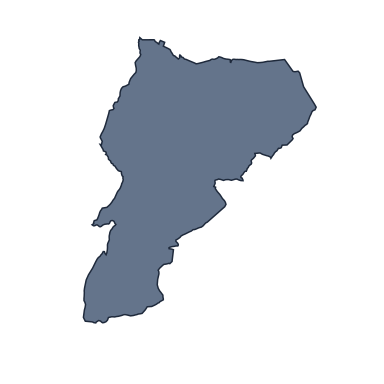 the district of Atempan, Puebla, Mexico, rotated 13°
{"feature_id": "50627088B4363090136249", "entity_name": "Atempan", "entity_type": "district", "adm_level": 2, "iso_a3": "MEX", "parent_name": "Mexico", "parent_adm1": "Puebla", "projection": "albers", "projection_center": [-97.445, 19.802], "detail": "fine", "context": "isolated", "style": "filled", "palette": "slate", "viewbox_px": 384, "rotation_deg": 13, "n_neighbors": 0, "source": "geoboundaries", "source_scale": "gbopen_adm2", "svg_char_len": 5947}
<svg xmlns="http://www.w3.org/2000/svg" viewBox="0 0 384 384"><g transform="rotate(13 192 192)"><path d="M117.1,341.9L124.0,341.0L124.8,341.1L125.8,341.4L127.7,341.2L128.0,340.2L130.0,338.2L132.1,338.4L132.6,338.8L133.6,339.3L134.5,339.5L136.0,338.8L137.5,337.6L138.5,335.8L138.8,333.1L141.9,331.6L144.8,331.1L146.5,330.3L148.2,329.7L151.1,328.2L153.1,326.9L154.4,326.5L156.6,326.4L160.0,326.5L162.7,325.5L164.1,324.7L166.0,323.8L167.1,323.0L169.0,322.3L170.7,321.5L173.0,317.3L174.2,313.9L178.5,312.6L181.1,310.6L182.6,309.3L183.9,307.8L184.9,307.2L185.3,306.2L188.3,303.5L188.0,302.3L187.4,301.1L186.8,299.0L184.1,296.7L182.9,295.8L180.8,293.5L179.0,290.2L178.2,284.9L178.2,279.3L178.0,278.3L177.4,276.7L176.6,275.8L177.7,273.4L179.7,270.4L180.8,268.9L183.3,267.9L185.6,266.7L186.5,266.8L188.2,264.2L186.9,252.4L185.0,252.2L182.4,252.4L182.1,251.5L182.7,250.9L184.8,249.7L187.1,248.9L188.6,248.1L189.6,248.0L190.5,247.5L190.5,246.4L189.8,245.3L187.4,243.7L187.1,242.5L189.1,240.6L190.6,238.8L191.2,237.4L192.9,235.8L194.7,234.5L198.7,231.2L199.9,230.4L201.6,228.4L203.0,228.0L204.5,227.0L206.6,225.4L207.5,224.9L209.0,224.1L210.4,222.5L212.2,219.2L213.7,217.9L227.2,199.0L227.9,196.4L226.8,194.5L225.7,193.3L224.8,192.6L223.8,192.0L222.8,191.2L221.1,189.5L219.7,188.2L216.4,185.8L215.3,184.7L214.0,183.6L213.9,182.0L212.0,181.8L212.4,179.7L212.6,178.1L212.0,176.8L211.8,175.5L213.1,174.6L214.0,174.2L214.9,173.4L217.1,173.3L220.1,173.6L222.0,172.4L223.8,171.9L225.2,171.6L226.4,171.7L227.8,171.7L231.6,169.6L233.0,169.3L234.7,169.7L237.0,169.9L239.2,169.5L238.9,168.7L238.3,168.1L237.9,167.3L237.5,167.1L236.6,167.0L236.1,166.2L236.2,165.6L236.7,164.6L237.4,163.7L237.8,162.8L238.2,161.5L238.8,160.3L239.3,159.8L240.2,159.6L240.2,159.3L240.5,158.1L240.5,156.9L241.3,155.3L241.6,153.8L242.4,152.7L243.4,151.6L243.6,150.3L242.6,148.3L242.9,147.2L244.3,145.3L245.6,142.6L245.5,141.9L244.5,140.3L246.7,139.6L248.6,138.9L249.8,138.7L252.0,139.4L256.6,139.8L258.2,139.8L260.1,140.2L260.8,140.6L261.3,141.4L262.4,138.4L263.1,137.2L263.4,135.7L263.7,135.2L264.4,133.8L265.3,133.0L265.8,131.8L266.4,130.0L267.6,129.8L269.0,128.7L269.3,126.1L274.0,124.8L277.9,118.7L278.2,118.0L278.4,117.0L277.5,116.2L277.1,115.4L277.2,113.8L278.0,112.8L278.7,112.0L280.0,111.1L281.4,110.0L283.5,108.1L284.7,105.3L286.1,103.4L287.2,101.6L288.5,100.3L289.1,99.3L289.0,98.0L289.5,94.7L289.8,92.0L290.5,89.1L290.8,86.9L291.6,85.5L293.4,84.2L293.9,81.4L291.3,78.6L277.1,64.4L270.1,51.7L268.2,50.4L266.0,51.4L264.4,51.8L263.2,51.7L252.4,42.1L237.8,47.3L236.9,47.5L236.6,47.5L231.8,49.7L229.1,50.6L226.6,51.3L223.6,51.4L219.8,51.6L217.9,51.6L212.7,51.5L211.6,51.6L209.6,51.9L207.8,52.4L206.0,52.7L205.2,53.0L203.9,53.1L203.1,53.2L202.3,53.4L201.7,53.8L201.3,54.3L201.1,54.7L200.9,55.4L200.8,56.0L200.7,57.0L200.3,57.0L200.1,56.7L199.8,55.5L199.7,54.8L199.5,54.5L199.2,54.4L197.7,54.5L195.3,54.8L193.7,54.8L192.2,54.7L191.1,54.4L189.7,54.2L187.7,54.2L186.8,55.6L185.2,56.9L183.9,57.7L183.6,57.8L182.1,57.9L181.4,58.2L180.8,58.6L179.9,59.7L178.6,60.4L176.4,61.5L173.4,63.2L168.9,65.5L167.1,66.2L166.7,66.0L165.4,65.7L160.0,64.8L156.8,64.2L156.2,64.1L155.2,64.2L154.7,64.1L152.9,62.9L151.7,62.9L151.2,62.6L150.8,62.0L149.4,61.2L149.3,61.5L149.3,62.2L149.4,62.7L149.6,63.2L149.8,63.9L149.6,64.3L149.2,64.9L148.7,65.5L147.5,64.8L146.6,64.4L144.6,63.3L143.4,63.2L143.0,63.0L142.4,62.4L141.3,61.2L139.8,59.8L139.5,59.3L139.0,58.6L138.4,58.1L136.3,57.5L131.3,56.4L131.7,52.3L127.1,51.5L126.5,53.6L126.4,54.6L126.4,55.3L126.2,55.2L125.6,55.1L125.6,54.9L122.5,53.7L122.0,53.4L121.4,52.5L120.8,52.2L109.3,54.9L108.8,54.6L106.4,53.3L106.4,53.8L106.6,54.1L106.7,55.0L106.1,55.4L106.0,55.5L105.9,55.7L106.0,56.3L106.5,56.9L106.5,57.2L106.4,57.3L106.2,57.7L106.2,58.3L106.8,59.3L107.0,60.9L107.4,62.0L107.8,62.7L107.9,63.1L108.0,63.5L108.5,64.3L109.0,64.7L109.7,65.5L109.8,66.3L109.8,66.8L110.0,68.0L110.3,68.7L111.1,69.4L111.0,70.7L110.7,72.0L109.8,73.6L108.1,76.8L107.5,78.7L108.5,81.2L109.8,83.9L110.4,86.3L110.4,88.2L109.2,90.2L107.9,92.8L106.7,95.3L106.1,99.1L106.2,101.3L103.3,103.8L101.1,105.0L100.0,106.9L99.6,109.1L99.6,111.2L100.2,114.6L99.2,117.9L99.5,118.8L99.5,119.7L99.0,121.1L97.7,121.6L96.7,122.1L95.8,125.5L96.3,126.9L97.2,128.1L96.5,129.5L94.4,130.5L93.2,131.3L93.2,134.4L92.7,143.6L92.6,145.5L92.2,149.5L92.0,150.6L91.4,153.3L90.7,155.5L90.1,159.0L90.6,159.9L91.4,160.8L93.2,162.9L93.1,163.3L93.1,166.3L91.8,166.3L95.9,170.7L96.4,171.9L99.0,172.3L99.8,173.5L99.4,174.9L100.6,175.0L102.5,176.8L103.3,178.9L105.9,180.3L105.9,180.6L106.3,181.3L107.2,182.2L108.0,182.2L108.6,182.4L109.4,183.6L110.1,183.9L110.9,184.0L111.5,184.5L113.1,186.1L115.4,187.8L117.0,188.0L118.4,188.0L118.8,188.5L119.0,189.6L119.8,191.2L120.5,192.1L120.8,192.2L121.1,192.5L121.3,192.5L121.5,193.7L121.7,194.5L122.1,195.1L122.2,195.6L122.2,196.1L122.2,197.4L121.7,199.7L121.6,200.0L121.7,201.0L121.2,204.2L120.8,205.5L119.6,207.9L119.2,209.2L118.4,213.3L118.0,215.5L117.0,217.5L116.2,219.9L115.0,222.5L113.8,224.3L112.5,226.1L108.2,227.9L107.8,229.4L107.1,230.9L106.7,232.7L106.6,234.6L106.3,237.2L106.0,239.0L105.6,240.5L103.2,241.9L103.0,243.9L103.4,244.9L102.6,245.7L102.0,246.4L103.6,247.1L104.5,246.9L105.4,246.3L106.0,245.7L107.1,245.4L107.9,245.7L109.5,246.5L110.3,246.6L111.3,245.9L112.6,244.2L114.1,243.1L117.1,242.0L118.0,241.9L118.6,241.1L118.9,239.5L119.3,238.4L120.2,237.9L121.0,237.7L122.6,238.1L124.1,240.1L125.1,240.7L124.7,241.8L123.8,242.7L123.0,243.9L122.5,245.6L121.4,247.8L121.1,249.8L121.2,252.2L121.2,253.1L121.4,254.4L122.2,257.3L121.5,261.0L121.5,262.5L122.1,264.9L122.5,267.2L122.6,268.8L122.7,270.4L122.4,272.5L121.1,271.5L120.1,269.8L118.9,270.0L118.3,272.3L117.2,274.2L116.9,275.3L115.5,276.9L114.7,278.7L113.9,281.6L112.3,288.5L109.8,295.9L108.7,301.5L108.9,309.7L109.2,312.6L109.7,314.2L110.4,317.9L110.7,320.0L111.2,322.1L112.5,323.6L113.6,325.6L113.8,328.3L113.7,331.2L114.0,334.3L114.4,338.6L117.1,341.9Z" fill="#64748b" stroke="#1e293b" stroke-width="1.5"/></g></svg>